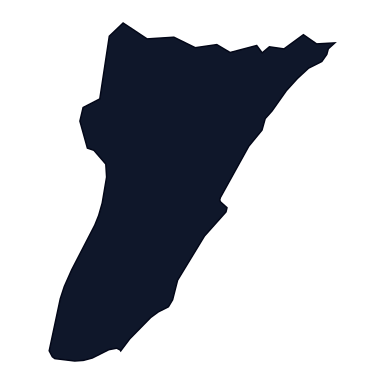 outline of Cape May, New Jersey, United States of America
{"feature_id": "52423323B74589242943410", "entity_name": "Cape May", "entity_type": "district", "adm_level": 2, "iso_a3": "USA", "parent_name": "United States of America", "parent_adm1": "New Jersey", "projection": "albers", "projection_center": [-74.781, 39.126], "detail": "fine", "context": "isolated", "style": "filled", "palette": "ink", "viewbox_px": 384, "rotation_deg": 0, "n_neighbors": 0, "source": "geoboundaries", "source_scale": "gbopen_adm2", "svg_char_len": 814}
<svg xmlns="http://www.w3.org/2000/svg" viewBox="0 0 384 384"><path d="M123.1,23.0L109.3,36.2L99.8,98.9L83.1,107.5L79.9,121.1L87.4,148.1L93.9,150.3L105.8,164.1L106.6,177.1L102.2,203.1L98.7,215.4L94.8,225.1L71.7,269.8L64.3,286.5L60.3,298.7L49.2,350.8L52.3,356.7L54.8,358.6L74.7,361.0L83.4,360.4L92.3,358.0L108.8,349.7L116.7,348.2L120.2,350.0L120.7,350.9L129.8,338.8L150.7,317.5L158.3,311.9L168.4,306.8L172.6,299.8L177.6,280.2L204.5,236.0L226.0,211.9L227.0,207.7L220.5,201.9L219.7,200.0L220.4,197.5L248.8,146.2L262.0,130.1L265.2,118.6L272.0,111.0L286.4,90.6L297.4,78.5L308.5,68.2L321.8,61.5L326.8,54.4L328.3,48.8L334.8,42.9L316.6,43.9L303.4,34.7L284.0,48.9L269.4,46.8L262.2,52.9L256.7,45.5L230.1,52.5L216.8,44.6L195.3,47.7L173.9,37.2L147.1,38.9L123.1,23.0Z" fill="#0f172a" stroke="#020617" stroke-width="1.5"/></svg>